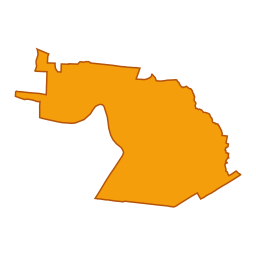 the district of Macin, Tulcea, Romania
{"feature_id": "2599482B26463842882157", "entity_name": "Macin", "entity_type": "district", "adm_level": 2, "iso_a3": "ROU", "parent_name": "Romania", "parent_adm1": "Tulcea", "projection": "mercator", "projection_center": [28.155, 45.247], "detail": "fine", "context": "isolated", "style": "filled", "palette": "amber", "viewbox_px": 256, "rotation_deg": 0, "n_neighbors": 0, "source": "geoboundaries", "source_scale": "gbopen_adm2", "svg_char_len": 5519}
<svg xmlns="http://www.w3.org/2000/svg" viewBox="0 0 256 256"><path d="M95.1,198.4L97.7,198.8L100.5,199.0L105.5,199.8L108.1,199.9L113.0,200.7L123.2,201.8L124.7,201.2L162.0,205.4L168.2,206.0L169.1,206.2L170.2,206.5L170.7,206.6L171.3,206.6L171.8,206.7L174.0,206.9L175.7,206.2L176.6,205.7L179.4,203.8L185.2,200.2L189.8,197.3L195.9,193.7L197.3,193.0L199.2,196.5L200.7,199.0L201.0,198.8L201.9,198.3L202.9,197.9L204.5,197.0L206.4,195.6L207.6,195.0L208.4,194.5L209.0,194.1L210.3,193.6L211.2,193.1L213.8,191.5L214.3,191.2L215.0,190.8L216.9,189.4L217.9,188.8L222.6,185.9L227.6,183.0L230.7,181.1L233.6,179.3L236.1,177.7L240.1,175.1L240.4,174.8L240.6,174.5L238.5,173.3L236.1,171.0L231.5,174.2L230.2,174.9L228.9,175.6L227.9,174.2L227.8,173.8L227.8,173.6L227.8,173.3L227.7,173.0L227.4,172.4L227.2,172.0L226.9,171.6L226.6,171.4L226.4,171.4L226.2,171.4L225.9,171.3L225.9,171.2L225.9,170.7L226.0,170.3L226.0,169.9L226.0,169.5L225.8,168.7L225.3,166.5L225.1,165.9L225.0,165.2L225.0,164.7L225.2,163.7L227.2,162.9L226.8,162.1L225.7,162.1L225.8,161.3L226.0,160.6L226.6,159.8L226.9,159.4L227.1,159.0L227.4,158.5L227.5,157.9L228.7,157.9L228.5,157.0L228.3,156.0L228.3,155.4L228.3,155.0L228.4,154.6L228.6,153.6L227.5,153.5L227.6,153.0L226.6,152.8L226.0,152.6L226.0,152.4L226.0,152.1L225.9,151.5L225.8,151.4L225.8,151.2L225.8,150.5L225.8,150.4L225.7,150.3L225.1,150.2L225.3,149.0L225.8,147.7L226.1,147.8L226.3,147.7L226.4,147.4L226.9,147.5L227.0,147.4L227.1,147.2L227.3,147.0L227.6,146.8L227.7,146.7L228.0,146.6L228.0,146.1L228.4,144.0L227.8,143.8L226.9,143.5L226.2,143.2L226.0,142.9L226.1,142.4L226.4,141.2L226.6,139.9L226.8,138.9L227.3,136.1L226.6,136.0L222.0,135.4L222.1,135.0L222.1,134.2L222.3,133.7L222.2,133.2L221.9,132.7L221.8,132.1L221.6,131.6L221.6,131.4L221.6,131.2L221.4,130.2L220.7,129.6L220.6,129.4L220.3,128.2L220.1,128.0L219.9,127.8L219.7,127.4L219.6,127.1L219.4,126.7L218.9,125.8L218.9,125.6L218.7,125.5L218.2,125.2L218.1,124.4L218.0,124.2L217.8,124.2L217.6,124.2L217.4,124.1L217.0,123.8L216.9,123.7L216.3,123.9L216.1,124.0L215.9,123.9L215.5,123.7L215.4,123.7L215.3,123.3L215.2,123.1L214.4,122.8L214.2,122.8L213.6,122.7L213.2,122.6L212.9,122.3L212.7,122.2L212.5,121.7L212.4,120.8L212.3,120.1L212.2,119.6L212.1,119.1L212.0,118.8L211.9,118.3L211.7,118.0L211.4,117.8L211.0,117.2L210.6,116.8L210.3,116.2L210.0,115.6L209.9,115.4L209.7,114.6L209.7,114.4L209.4,114.1L208.8,113.7L208.1,113.4L206.8,112.9L205.2,112.4L204.4,112.4L203.6,112.4L202.8,111.6L202.4,111.0L202.0,110.5L201.8,110.2L201.5,110.0L201.0,109.8L200.0,109.3L199.6,109.2L199.3,109.1L198.5,109.4L198.3,109.5L198.2,109.4L197.6,108.9L197.2,108.5L196.9,108.4L196.5,108.4L196.3,108.4L195.9,108.5L195.7,108.4L195.7,108.0L195.7,107.6L195.6,107.4L195.4,106.9L195.2,105.6L195.2,105.4L195.3,105.1L195.5,104.6L195.6,104.3L195.7,104.0L195.9,103.1L195.8,102.8L195.0,101.7L194.4,101.1L194.2,100.7L194.1,100.4L194.1,99.8L194.2,99.2L194.2,98.5L194.6,97.3L194.6,97.1L194.6,96.7L194.2,95.9L193.9,95.8L193.8,95.7L193.7,95.6L193.9,94.6L193.7,94.2L193.4,93.6L193.1,93.1L192.8,92.9L192.6,92.1L192.2,90.7L191.9,90.2L191.1,89.1L190.9,88.9L190.6,88.8L190.0,88.7L189.4,88.6L188.1,87.7L187.4,87.2L187.0,86.9L186.8,86.5L186.5,86.3L186.3,86.4L186.0,86.5L185.3,86.8L184.9,87.0L183.9,87.0L183.5,87.1L183.2,87.4L183.0,87.6L182.4,87.2L181.5,86.8L181.1,86.5L181.0,86.4L180.8,85.9L180.4,85.3L179.6,84.4L179.5,84.2L179.4,83.6L179.2,83.1L178.8,82.6L178.1,81.8L177.6,81.3L177.3,80.9L176.9,80.5L176.8,80.2L176.7,79.9L176.4,79.9L175.6,79.8L175.1,79.7L174.9,79.8L173.9,79.9L167.3,80.2L166.1,80.4L164.7,80.7L162.4,80.9L161.2,81.1L160.4,81.1L156.4,80.8L156.0,80.0L155.4,78.3L155.2,77.7L154.8,77.2L154.3,76.8L153.8,76.2L153.4,75.8L152.4,74.5L152.1,74.3L151.8,74.3L151.7,74.5L151.7,74.9L151.6,75.7L151.3,76.2L151.0,76.7L149.9,77.6L148.9,78.1L147.7,78.6L147.0,78.9L146.1,79.3L145.2,79.4L144.1,79.6L143.2,79.5L140.1,79.3L136.3,79.1L136.1,79.0L137.2,76.0L139.6,69.3L139.9,68.1L139.3,68.1L138.7,68.0L138.2,68.0L137.5,67.9L136.5,67.7L135.0,67.6L134.6,67.7L134.4,67.7L133.6,67.6L131.6,67.5L131.1,67.4L129.1,67.3L128.3,67.3L126.1,67.0L125.3,66.9L124.6,66.8L123.5,66.7L122.7,66.7L120.8,66.5L119.5,66.3L112.5,65.3L90.4,63.0L90.3,62.7L89.9,62.2L88.4,61.7L86.4,61.6L84.0,62.1L82.6,62.2L82.2,61.9L81.0,61.8L80.0,61.9L79.8,61.9L79.5,62.2L79.1,62.7L78.6,63.1L77.8,64.1L68.8,63.8L68.7,64.2L61.3,64.0L61.0,72.0L57.6,71.8L55.5,68.5L55.4,67.4L55.0,65.0L55.1,63.2L47.4,62.9L47.8,56.1L48.8,54.0L45.6,52.7L37.1,49.1L37.2,49.3L37.4,49.9L37.8,52.2L38.0,53.6L38.0,54.1L38.0,54.5L37.9,55.2L37.4,56.8L37.2,57.5L36.5,59.4L36.4,59.8L36.1,61.7L36.1,62.7L36.2,63.8L36.5,65.5L36.6,66.2L36.5,66.7L36.1,67.9L35.4,70.0L34.9,70.8L35.0,71.0L35.4,71.2L39.4,71.4L41.8,71.5L46.8,71.7L47.0,71.7L46.8,77.9L46.7,81.7L46.5,86.6L46.4,90.8L46.2,94.7L45.4,94.6L43.9,94.3L39.5,93.5L29.6,92.7L24.0,92.1L20.3,91.7L18.3,91.7L16.4,91.2L16.2,91.4L15.7,91.8L15.4,96.3L20.8,98.3L24.6,99.5L25.0,99.5L25.3,99.5L26.5,99.1L26.8,99.0L28.9,99.4L29.2,99.4L32.4,100.0L35.4,100.9L35.5,101.0L35.8,101.1L36.9,101.4L37.2,101.6L38.1,101.6L38.9,101.7L39.2,101.7L40.0,101.5L39.6,107.0L39.7,107.9L39.7,117.6L42.8,118.5L56.3,121.5L62.0,122.6L72.1,123.3L75.5,122.9L80.0,121.1L84.0,119.6L90.3,114.0L93.0,109.7L95.5,106.4L98.3,104.9L100.6,104.3L102.8,105.0L104.1,106.6L104.9,109.2L107.3,116.8L108.0,121.8L108.0,122.1L108.1,122.3L108.7,127.4L108.8,128.2L110.7,135.1L111.5,136.8L113.1,139.8L116.4,143.7L121.2,147.6L123.0,150.5L123.6,152.7L122.5,155.6L114.2,168.3L110.6,173.5L105.8,181.0L102.6,186.4L101.3,188.5L97.6,194.6L95.1,198.4Z" fill="#f59e0b" stroke="#b45309" stroke-width="1.5"/></svg>